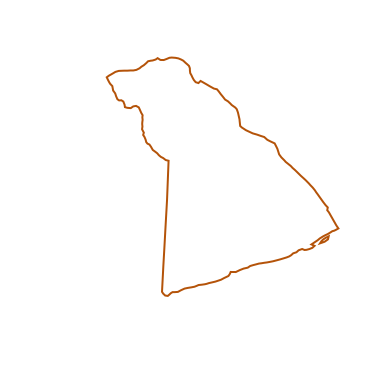 Itarema, Ceará, Brazil, rotated 128°
{"feature_id": "56859067B50082405211585", "entity_name": "Itarema", "entity_type": "district", "adm_level": 2, "iso_a3": "BRA", "parent_name": "Brazil", "parent_adm1": "Ceará", "projection": "mercator", "projection_center": [-39.901, -3.07], "detail": "fine", "context": "isolated", "style": "outline", "palette": "amber", "viewbox_px": 384, "rotation_deg": 128, "n_neighbors": 0, "source": "geoboundaries", "source_scale": "gbopen_adm2", "svg_char_len": 2693}
<svg xmlns="http://www.w3.org/2000/svg" viewBox="0 0 384 384"><g transform="rotate(128 192 192)"><path d="M154.1,329.8L155.4,327.2L156.4,325.0L157.1,323.2L157.6,320.0L160.6,316.6L161.6,313.2L163.3,310.7L164.8,307.9L164.7,305.8L163.2,304.1L163.0,301.8L164.7,298.9L166.4,297.1L165.5,294.8L163.6,291.9L160.7,291.0L158.6,289.1L158.1,286.0L159.4,283.5L160.9,280.7L161.9,278.2L163.7,277.1L165.6,275.3L167.5,274.2L169.1,273.1L171.0,271.3L173.3,270.0L174.9,266.5L177.1,265.6L177.9,263.3L179.3,260.8L180.9,258.7L181.3,256.8L180.8,254.8L181.6,252.2L183.0,248.8L182.9,245.8L182.9,243.2L183.4,240.8L183.5,238.2L183.0,235.6L183.0,232.4L181.8,229.7L213.6,206.8L237.5,190.2L253.0,179.4L267.7,169.2L289.1,154.2L289.8,152.2L290.1,149.4L288.8,147.1L286.9,146.7L284.8,146.4L282.9,145.7L281.3,143.7L279.4,141.6L276.2,140.2L272.7,138.4L270.2,136.3L267.4,133.7L265.1,131.7L263.4,130.7L261.2,129.5L259.2,127.4L256.7,125.0L255.2,123.8L253.4,122.6L250.2,120.0L248.2,118.4L245.5,116.6L243.2,115.1L240.0,113.7L235.8,111.6L233.4,111.7L231.2,112.3L228.1,108.2L224.2,106.3L220.6,104.2L217.3,101.5L214.5,100.6L211.7,98.6L209.9,97.2L207.1,95.1L205.5,93.5L203.1,91.3L201.5,89.7L198.9,87.4L196.7,85.5L192.9,82.6L190.9,81.1L188.5,79.4L185.2,77.1L183.0,75.8L180.9,75.0L178.0,74.5L175.2,72.6L172.3,72.1L169.1,70.1L168.4,67.6L167.1,66.2L164.7,64.4L161.9,62.8L159.0,62.3L159.8,65.6L152.7,63.3L149.9,62.7L146.3,61.4L144.1,60.4L141.5,59.1L138.6,58.0L136.5,57.3L134.9,56.1L133.0,55.2L130.6,54.2L129.5,57.6L123.7,71.7L123.1,74.2L120.6,75.5L120.1,78.7L119.1,82.6L117.2,89.0L116.3,92.0L115.8,93.9L115.0,96.2L114.2,99.6L113.7,103.2L113.3,105.2L112.7,109.8L112.2,116.4L111.3,124.3L111.1,127.7L110.7,130.0L110.6,136.7L110.2,138.7L109.7,142.9L108.7,146.5L105.4,151.3L103.9,154.4L102.8,156.8L103.9,161.6L104.5,164.8L104.2,168.9L105.5,172.4L106.7,176.0L108.4,180.2L109.4,184.5L110.1,187.6L110.3,190.2L110.5,192.4L110.3,194.7L107.0,197.9L105.5,199.3L101.1,204.7L99.2,207.7L98.8,209.9L99.0,214.3L98.7,216.2L98.4,219.5L98.8,222.8L97.8,226.8L97.2,229.5L96.2,233.1L95.7,235.6L97.0,238.4L97.8,243.5L98.2,246.7L99.2,253.6L102.2,254.0L103.2,256.7L102.6,259.5L101.4,262.3L100.4,264.2L99.4,266.6L97.7,268.3L95.8,269.9L94.5,272.0L94.3,274.2L94.2,276.5L93.9,279.7L94.3,282.1L95.1,285.0L96.5,287.7L98.5,290.7L100.1,292.4L102.8,293.9L105.4,295.5L107.4,298.2L107.7,301.5L110.0,302.2L112.6,304.0L114.0,305.4L116.0,307.1L118.6,307.4L121.7,308.0L124.4,309.0L126.8,309.5L130.0,311.0L132.4,313.1L134.2,315.4L136.5,318.0L138.2,320.2L139.8,322.1L141.7,324.3L144.5,326.3L147.1,327.3L149.1,328.1L151.5,329.1L154.1,329.8ZM153.6,59.5L149.6,56.9L145.6,55.7L142.8,57.0L145.9,58.5L148.6,59.4L150.9,59.7L153.6,59.5Z" fill="none" stroke="#b45309" stroke-width="2"/></g></svg>